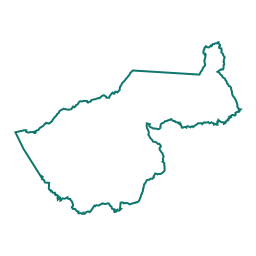 Alto Paraíso de Goiás, Goiás, Brazil
{"feature_id": "56859067B58391691599305", "entity_name": "Alto Paraíso de Goiás", "entity_type": "district", "adm_level": 2, "iso_a3": "BRA", "parent_name": "Brazil", "parent_adm1": "Goiás", "projection": "albers", "projection_center": [-47.466, -14.162], "detail": "fine", "context": "isolated", "style": "outline", "palette": "teal", "viewbox_px": 256, "rotation_deg": 0, "n_neighbors": 0, "source": "geoboundaries", "source_scale": "gbopen_adm2", "svg_char_len": 5846}
<svg xmlns="http://www.w3.org/2000/svg" viewBox="0 0 256 256"><path d="M240.6,109.4L239.6,109.3L238.8,108.8L238.1,107.8L237.3,106.9L237.4,104.8L236.8,103.0L235.9,100.4L234.7,98.2L232.7,95.5L232.3,94.3L232.0,93.3L232.0,91.8L231.6,91.0L231.5,90.0L231.1,89.0L231.2,88.0L230.6,87.0L229.6,86.1L228.7,85.9L228.2,84.4L226.9,83.2L226.7,81.9L226.4,81.0L225.5,80.3L225.2,79.2L224.6,78.4L223.8,78.0L222.4,76.9L222.1,75.6L221.0,75.0L219.9,73.8L219.5,73.0L218.6,72.3L217.5,71.8L221.3,69.2L222.2,69.6L223.0,69.5L223.4,68.8L223.6,66.5L223.5,65.3L224.3,64.3L223.9,62.6L223.5,61.6L223.9,60.9L223.9,59.3L224.7,57.3L223.1,55.2L223.1,54.3L222.5,53.3L221.5,52.6L221.3,51.5L221.8,50.5L221.4,49.5L221.4,48.5L219.4,48.2L219.0,47.0L220.0,46.1L220.0,45.0L219.1,44.2L218.5,42.2L217.5,42.6L217.0,43.3L215.8,43.3L214.9,43.5L214.2,44.0L212.8,44.1L211.6,46.1L210.9,45.5L210.3,46.3L209.7,46.7L209.0,47.4L207.8,47.4L205.8,46.3L205.5,47.2L204.6,47.6L204.6,48.7L203.8,49.5L203.8,50.6L203.3,51.8L203.6,53.4L205.1,53.7L204.8,54.7L205.7,55.0L205.4,56.1L205.4,57.0L204.7,58.9L204.7,60.1L204.3,60.8L204.8,63.3L205.2,64.3L204.7,65.9L203.5,67.0L202.9,68.3L202.4,69.4L201.9,70.5L201.0,71.5L199.4,74.6L132.8,70.5L130.7,72.6L130.0,73.4L129.5,74.6L127.3,77.4L125.5,79.4L124.9,80.4L123.2,82.0L122.4,82.9L121.9,83.6L121.3,85.2L120.2,86.5L119.7,88.5L119.8,89.7L119.2,90.5L118.1,91.6L117.4,92.4L116.3,91.8L115.2,91.7L114.5,93.6L113.5,93.6L112.7,92.6L112.0,93.2L110.5,95.0L109.6,96.4L109.1,97.8L106.3,97.6L106.0,96.6L103.9,95.2L102.0,95.9L101.4,96.7L100.6,97.1L99.5,98.3L98.2,98.0L97.1,98.6L95.9,98.9L94.8,99.4L93.9,99.4L92.7,99.6L91.1,100.3L90.8,101.4L89.1,102.0L88.0,102.6L87.1,101.9L87.1,101.1L83.9,100.8L82.0,101.5L80.3,101.2L79.5,101.5L77.5,104.5L76.2,105.0L75.3,106.5L74.2,107.3L73.3,106.5L72.5,107.3L71.3,109.2L69.3,109.6L67.9,109.7L66.6,109.4L65.8,109.1L64.8,109.1L63.6,108.7L62.3,109.5L61.2,109.9L59.4,111.3L58.7,113.0L57.0,114.2L56.8,115.1L53.8,118.2L52.6,120.1L52.0,121.3L51.0,121.9L49.9,123.0L48.9,123.6L47.7,123.0L46.5,123.4L46.0,122.9L45.4,123.5L44.3,124.4L43.2,126.0L40.4,127.5L39.1,128.8L38.3,130.2L37.1,130.3L35.5,131.2L35.8,132.2L35.2,133.0L34.3,133.0L34.2,131.7L33.2,132.0L30.0,132.1L29.1,132.5L28.3,132.6L26.1,131.8L26.3,130.3L24.5,130.2L15.4,132.3L23.6,149.1L24.2,150.0L41.1,176.8L41.6,176.1L42.7,176.9L42.0,179.0L44.1,180.2L44.5,181.7L45.1,182.5L46.1,182.6L47.1,182.6L48.2,182.9L49.1,182.9L48.9,185.3L49.1,186.4L48.8,187.4L48.8,188.4L49.1,189.2L49.7,190.0L51.1,190.4L51.0,191.4L52.2,191.5L52.6,192.6L53.7,192.9L54.9,192.7L55.3,193.6L55.0,194.5L55.6,195.1L57.2,195.0L58.0,195.9L57.5,197.0L57.8,199.6L58.6,198.9L59.1,198.0L59.8,197.2L60.2,197.9L60.4,199.3L60.4,200.6L61.2,200.2L61.8,199.0L62.5,198.3L63.4,198.5L64.2,198.7L65.1,198.6L67.5,197.3L67.7,198.3L68.5,198.9L69.3,198.9L70.3,199.0L70.6,200.1L71.6,201.1L72.3,202.2L72.5,203.3L73.0,204.4L72.9,205.4L72.6,206.7L71.8,207.2L72.3,208.1L73.1,209.0L74.0,208.8L75.3,209.1L75.7,210.1L77.3,211.3L78.4,211.6L78.0,212.7L79.0,213.4L80.6,213.1L81.9,213.7L83.3,212.9L83.2,213.8L84.5,213.8L85.3,213.2L86.0,212.3L86.8,211.9L87.8,211.5L88.8,211.5L89.5,212.2L90.5,211.5L91.2,210.4L91.8,209.4L92.5,208.6L93.7,206.6L94.4,205.7L95.2,206.2L96.3,205.2L98.1,205.5L99.2,205.4L100.6,204.3L101.7,204.1L102.4,203.3L103.4,203.7L105.2,204.1L108.0,203.3L109.2,203.8L109.8,205.4L111.5,206.6L111.7,207.8L112.0,208.7L113.2,209.1L114.5,209.4L114.0,211.0L114.5,212.0L115.5,211.9L116.6,211.2L116.3,210.3L117.5,209.7L118.0,210.5L119.3,210.6L121.1,208.8L119.9,208.4L120.2,207.0L120.6,202.7L121.5,202.4L122.8,202.5L123.6,203.3L124.5,203.0L125.7,203.2L126.7,202.9L127.7,203.2L128.8,203.7L129.5,204.4L132.0,203.5L133.0,203.4L134.4,202.8L135.7,202.8L136.2,202.2L137.6,202.2L139.3,200.3L139.7,199.1L140.4,197.6L140.9,196.0L141.0,195.1L141.7,194.2L142.0,193.4L142.2,192.5L142.9,191.1L143.0,188.7L143.5,188.1L143.6,187.1L144.1,185.1L144.1,184.3L144.9,183.8L145.2,183.0L145.7,182.3L146.2,181.4L146.6,180.3L148.2,179.8L149.2,179.8L149.9,179.1L151.2,178.6L152.4,178.8L153.9,177.3L153.5,176.4L154.1,175.6L155.3,173.5L156.3,173.7L157.5,174.4L158.7,173.9L160.4,174.0L161.4,173.5L163.1,172.3L163.7,171.6L164.4,171.0L164.7,169.8L164.5,168.4L164.6,167.5L164.6,166.5L164.4,165.6L164.1,164.7L164.4,163.2L163.4,162.3L162.5,161.7L163.2,160.7L162.8,158.5L163.3,157.7L163.6,156.2L162.7,154.5L162.4,153.2L161.5,152.3L160.0,150.1L159.5,149.1L159.7,147.8L160.6,147.0L160.9,146.0L160.2,144.9L159.3,143.8L158.2,144.1L156.9,142.9L156.2,142.3L155.2,142.0L153.0,141.6L152.2,140.0L150.7,138.5L149.8,137.2L149.4,136.1L148.8,135.3L148.3,134.4L148.7,133.6L148.8,132.3L148.3,130.7L147.7,129.3L146.9,128.0L146.7,126.6L146.7,124.5L146.8,123.4L147.7,123.6L149.8,124.2L149.3,124.8L149.2,125.9L150.3,127.1L152.5,128.0L153.4,128.6L155.6,128.5L157.9,129.2L158.9,129.1L160.4,127.9L160.5,126.1L160.8,124.3L161.6,123.5L164.0,122.4L165.3,121.1L166.8,121.0L168.0,120.3L169.8,120.0L170.8,119.1L171.7,119.5L172.3,120.4L173.3,120.9L174.8,121.1L175.2,121.9L176.2,122.2L177.2,122.3L178.0,122.7L179.4,122.7L178.9,123.6L179.8,124.0L180.7,124.1L180.5,124.9L181.4,125.7L181.6,127.1L182.2,127.8L184.2,127.1L185.3,127.0L186.4,127.6L186.6,126.7L187.3,126.2L188.6,126.5L189.6,126.8L190.6,127.3L191.4,126.5L192.7,126.3L193.2,127.0L195.7,125.0L196.7,124.5L197.7,123.5L198.6,123.3L199.5,123.2L200.4,123.3L201.6,123.1L202.2,124.1L203.5,123.1L204.2,122.3L205.9,122.6L207.1,122.5L208.3,122.1L209.6,123.3L211.5,122.3L213.5,123.5L213.9,124.6L214.8,123.9L216.3,124.6L217.5,124.6L216.9,123.3L218.0,122.1L217.5,121.4L218.3,120.9L218.4,120.0L220.2,121.5L221.3,122.1L223.6,122.4L223.8,123.8L224.9,123.3L225.7,122.8L225.6,121.6L227.8,120.4L228.4,119.9L227.8,119.3L229.8,117.9L229.0,117.0L230.5,116.1L231.2,116.6L231.3,115.5L232.1,115.1L233.1,114.8L234.3,115.5L235.3,115.4L235.7,114.1L235.4,112.9L236.5,112.2L237.7,111.9L238.6,111.9L238.7,110.8L239.5,111.1L239.8,110.2L240.6,109.4Z" fill="none" stroke="#0f766e" stroke-width="2"/></svg>